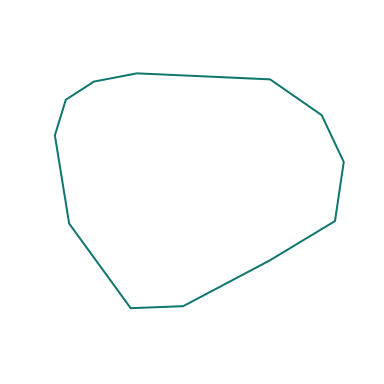 outline of Swains Island, American Samoa, United States of America, rotated 12°
{"feature_id": "52423323B5700348428358", "entity_name": "Swains Island", "entity_type": "district", "adm_level": 2, "iso_a3": "USA", "parent_name": "United States of America", "parent_adm1": "American Samoa", "projection": "natural_earth1", "projection_center": [-171.079, -11.056], "detail": "fine", "context": "isolated", "style": "outline", "palette": "teal", "viewbox_px": 384, "rotation_deg": 12, "n_neighbors": 0, "source": "geoboundaries", "source_scale": "gbopen_adm2", "svg_char_len": 313}
<svg xmlns="http://www.w3.org/2000/svg" viewBox="0 0 384 384"><g transform="rotate(12 192 192)"><path d="M49.4,128.0L46.1,165.1L78.4,248.4L156.2,318.4L207.1,305.5L282.2,242.8L337.9,190.7L334.2,131.1L302.9,89.9L245.0,65.6L113.4,87.4L73.1,104.4L49.4,128.0Z" fill="none" stroke="#0f766e" stroke-width="2"/></g></svg>